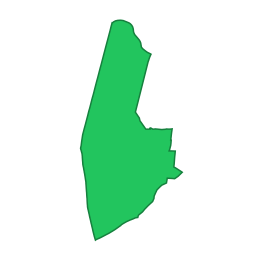 the district of Almoloya del Río, México, Mexico, rotated 84°
{"feature_id": "50627088B78857077813520", "entity_name": "Almoloya del Río", "entity_type": "district", "adm_level": 2, "iso_a3": "MEX", "parent_name": "Mexico", "parent_adm1": "México", "projection": "equal_earth", "projection_center": [-99.49, 19.16], "detail": "fine", "context": "isolated", "style": "filled", "palette": "green", "viewbox_px": 256, "rotation_deg": 84, "n_neighbors": 0, "source": "geoboundaries", "source_scale": "gbopen_adm2", "svg_char_len": 2898}
<svg xmlns="http://www.w3.org/2000/svg" viewBox="0 0 256 256"><g transform="rotate(84 128 128)"><path d="M151.5,176.4L152.9,176.5L153.2,176.5L155.8,176.6L156.7,176.6L159.8,176.7L162.1,176.5L162.4,176.4L164.3,176.3L165.7,176.2L166.1,176.1L166.8,176.1L167.2,176.1L168.2,176.0L169.6,175.9L171.5,175.8L173.7,175.7L174.1,175.7L175.8,175.6L177.6,175.5L178.1,175.6L178.3,175.6L181.3,175.7L183.8,175.8L186.7,175.9L188.2,175.9L189.7,176.0L192.8,176.1L193.5,176.1L194.0,176.1L195.4,176.2L197.1,176.3L199.2,176.4L200.8,176.4L202.2,176.5L202.5,176.5L203.2,176.4L204.7,176.3L205.0,176.2L206.7,176.0L207.1,176.0L208.2,175.8L208.6,175.8L209.3,175.7L209.9,175.6L211.4,175.5L213.1,175.3L213.8,175.2L214.5,175.1L216.1,174.9L217.0,174.8L219.0,174.6L219.5,174.5L220.1,174.4L221.9,174.2L224.0,173.9L226.9,173.6L232.5,172.8L236.1,172.1L235.5,171.0L234.2,166.9L232.3,162.1L231.6,160.4L231.2,159.3L230.7,158.0L229.1,154.6L228.0,152.3L227.5,151.3L227.1,150.6L226.6,149.7L225.8,148.3L224.6,146.2L224.3,145.5L223.9,145.1L223.5,144.7L223.0,143.7L222.5,142.7L221.0,139.3L219.9,136.0L219.5,134.8L219.5,134.5L219.1,133.3L219.1,133.0L218.1,130.0L218.0,127.6L217.2,127.4L215.6,126.5L215.4,126.2L214.5,124.7L212.9,122.3L210.4,119.8L209.6,118.8L207.4,116.2L206.5,115.0L205.1,113.1L203.7,111.2L202.4,110.5L200.9,109.6L198.4,109.1L195.1,107.2L192.8,105.8L192.6,105.7L190.2,102.8L188.4,100.4L186.8,95.8L186.7,95.5L182.0,94.2L182.8,89.4L183.3,86.9L181.3,83.3L177.7,78.7L177.4,79.0L173.1,84.3L171.5,86.5L168.4,85.8L161.7,84.6L159.4,84.1L155.9,83.4L155.5,86.2L155.1,89.5L154.6,89.3L154.6,89.1L153.7,88.8L152.0,88.2L150.2,87.5L149.6,87.3L149.0,87.2L148.3,87.0L144.6,86.3L144.5,86.8L142.9,86.4L138.3,85.4L136.6,85.0L133.5,84.2L133.5,86.1L133.4,87.6L133.0,90.0L133.2,90.8L133.1,93.3L133.1,94.2L133.0,95.0L131.8,100.8L131.8,101.7L131.8,103.4L130.4,105.3L130.3,105.8L130.4,106.1L130.6,106.4L130.9,106.4L131.5,106.3L131.0,110.4L122.0,115.4L119.3,115.7L113.0,119.0L88.5,110.0L64.0,101.0L63.3,100.6L62.4,100.2L61.3,99.7L59.6,98.9L58.0,98.0L57.0,97.4L56.9,97.5L55.8,99.2L54.8,100.8L53.4,102.4L52.1,103.7L50.7,105.1L49.0,106.2L47.8,106.3L46.2,106.4L44.7,106.5L43.3,106.9L41.7,107.6L39.3,109.2L35.8,111.6L33.7,112.3L32.2,112.5L31.1,112.4L29.5,112.5L27.6,112.9L26.0,113.7L24.6,114.8L23.5,116.1L20.7,121.4L20.3,122.9L20.0,124.4L19.9,127.1L20.2,129.4L21.0,131.3L21.8,132.6L21.7,132.8L25.3,134.2L29.5,135.7L32.6,136.9L35.8,138.1L38.9,139.3L42.3,140.6L45.7,141.9L49.2,143.2L52.6,144.5L55.8,145.7L59.0,146.9L62.2,148.1L65.5,149.4L68.7,150.6L71.9,151.8L75.1,153.0L78.4,154.3L81.6,155.5L84.8,156.7L88.1,157.9L91.3,159.1L94.5,160.4L97.7,161.6L101.0,162.8L104.2,164.0L107.4,165.3L110.7,166.5L113.9,167.7L117.1,168.9L120.3,170.1L123.6,171.4L126.8,172.6L130.0,173.8L133.5,174.7L137.0,175.6L140.5,176.4L141.1,176.6L142.9,177.2L143.5,177.3L146.2,176.8L146.5,176.8L148.7,176.4L150.5,176.4L151.5,176.4Z" fill="#22c55e" stroke="#15803d" stroke-width="1.5"/></g></svg>